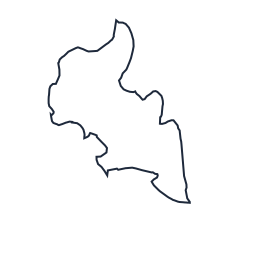 Mashtul Al-Suq, Ash Sharqiyah, Egypt (Mercator projection), rotated 325°
{"feature_id": "37247803B39026546430649", "entity_name": "Mashtul Al-Suq", "entity_type": "district", "adm_level": 2, "iso_a3": "EGY", "parent_name": "Egypt", "parent_adm1": "Ash Sharqiyah", "projection": "mercator", "projection_center": [31.372, 30.36], "detail": "fine", "context": "isolated", "style": "outline", "palette": "slate", "viewbox_px": 256, "rotation_deg": 325, "n_neighbors": 0, "source": "geoboundaries", "source_scale": "gbopen_adm2", "svg_char_len": 2777}
<svg xmlns="http://www.w3.org/2000/svg" viewBox="0 0 256 256"><g transform="rotate(325 128 128)"><path d="M135.7,224.7L136.2,224.0L136.2,221.8L136.2,219.6L139.6,212.0L141.8,210.4L143.5,207.7L146.4,199.5L162.4,172.1L163.8,169.6L164.9,166.9L168.9,159.6L168.9,157.1L170.1,154.4L169.9,151.2L169.7,147.8L168.1,146.6L164.3,145.5L161.6,145.4L158.3,144.2L157.0,143.2L156.6,142.8L160.6,137.6L161.5,137.6L163.2,136.5L168.7,130.0L170.4,128.4L172.1,125.7L173.2,123.0L173.8,120.8L173.0,116.4L172.8,115.3L171.8,113.6L169.6,112.5L166.4,112.9L164.7,112.9L161.5,112.8L158.2,113.9L156.2,113.2L156.0,111.9L155.7,108.4L154.7,105.1L154.7,102.9L154.9,102.2L153.0,101.7L150.3,99.4L148.2,96.6L146.6,93.8L146.2,89.4L147.9,83.9L151.2,82.9L155.0,80.2L160.1,79.2L161.7,78.3L166.7,75.1L170.5,72.5L176.1,67.6L179.4,64.4L182.8,59.0L185.1,52.4L186.3,46.4L185.8,41.4L185.3,40.6L184.8,39.8L184.2,38.7L182.6,37.5L181.0,36.4L180.1,33.0L173.9,39.5L171.1,42.2L169.5,43.8L168.9,44.9L165.6,46.5L164.0,46.5L160.7,47.0L158.0,46.9L148.2,47.2L147.1,47.2L145.2,46.1L139.6,42.7L138.4,41.1L138.0,40.4L136.4,37.6L134.8,35.4L133.7,33.8L133.2,33.2L131.4,32.7L131.0,32.6L122.9,31.3L120.2,31.8L116.9,32.3L114.7,32.2L111.4,32.7L108.7,34.8L108.1,34.8L105.3,40.8L102.0,45.7L98.7,47.8L95.0,50.0L94.6,50.3L94.3,50.5L91.6,48.8L88.3,49.3L86.1,50.9L84.4,53.0L82.2,55.7L81.1,56.8L79.4,59.0L77.2,62.2L76.0,65.0L76.5,68.8L76.4,72.1L76.1,72.5L75.3,73.2L72.6,73.7L72.5,72.8L72.0,73.7L71.6,74.6L71.4,75.0L70.3,77.4L69.7,78.8L69.7,79.2L69.8,81.1L71.1,83.0L72.2,84.5L72.3,84.8L72.4,85.1L73.0,86.0L73.3,86.1L76.5,87.1L80.3,88.0L80.7,88.2L82.5,88.8L83.9,89.3L85.8,91.0L85.3,91.4L86.3,92.3L89.1,94.9L90.4,98.3L90.5,98.8L90.5,99.0L90.6,100.3L90.7,102.0L90.5,104.0L90.1,105.0L89.3,107.2L88.5,108.7L87.5,109.8L86.3,111.3L87.8,111.6L89.9,112.0L91.7,111.8L92.5,111.3L93.3,110.8L94.1,110.4L94.5,110.9L95.4,112.1L97.3,114.8L97.5,115.1L98.1,116.1L97.3,117.5L97.5,118.8L98.4,124.6L99.2,129.1L99.3,132.3L98.5,133.2L97.8,134.0L96.3,135.7L89.2,135.7L85.7,133.5L84.0,136.1L83.8,136.8L82.8,140.4L83.8,144.0L84.0,144.9L84.1,149.6L84.1,149.9L83.9,153.1L83.8,154.9L84.5,154.1L87.2,151.2L94.6,154.5L95.6,154.9L96.0,156.6L96.5,156.8L98.9,157.8L103.1,159.6L103.7,160.0L105.8,161.2L108.7,162.9L111.3,165.7L115.3,170.6L116.2,171.6L122.0,178.1L122.9,178.5L123.1,179.0L123.8,180.9L123.9,181.1L125.6,182.6L125.5,183.0L125.0,184.1L124.2,184.6L123.4,185.2L122.1,185.1L120.3,185.0L119.6,184.9L118.8,185.1L117.5,185.3L116.6,185.5L116.4,187.9L116.4,188.6L116.3,189.8L116.6,191.5L117.2,194.9L117.4,196.1L117.9,198.2L118.6,200.2L119.6,203.1L120.9,206.9L121.6,208.6L122.8,210.9L123.7,212.9L124.1,213.3L124.9,214.4L126.6,216.9L127.7,218.1L128.9,219.1L130.4,220.3L131.9,221.6L133.3,222.7L134.1,223.4L134.9,224.0L135.7,224.7Z" fill="none" stroke="#1e293b" stroke-width="2"/></g></svg>